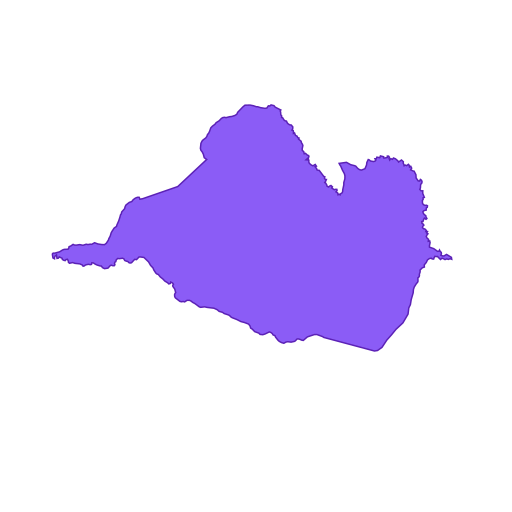 Bom Jesus do Araguaia, Mato Grosso, Brazil, rotated 153°
{"feature_id": "56859067B58410572569646", "entity_name": "Bom Jesus do Araguaia", "entity_type": "district", "adm_level": 2, "iso_a3": "BRA", "parent_name": "Brazil", "parent_adm1": "Mato Grosso", "projection": "natural_earth1", "projection_center": [-51.737, -12.202], "detail": "fine", "context": "isolated", "style": "filled", "palette": "violet", "viewbox_px": 512, "rotation_deg": 153, "n_neighbors": 0, "source": "geoboundaries", "source_scale": "gbopen_adm2", "svg_char_len": 6054}
<svg xmlns="http://www.w3.org/2000/svg" viewBox="0 0 512 512"><g transform="rotate(153 256 256)"><path d="M93.2,169.1L91.7,169.5L90.7,169.1L89.2,167.0L87.3,166.8L86.1,165.6L84.4,165.5L83.1,164.2L82.5,166.1L85.5,170.9L88.5,170.7L89.9,171.5L90.9,172.8L89.8,173.8L89.3,175.1L89.8,176.6L89.8,178.0L90.8,177.2L92.1,177.7L94.3,181.9L97.4,185.1L96.8,186.4L94.8,188.9L94.4,190.6L95.8,190.9L94.7,192.5L95.5,194.5L95.4,196.2L93.8,197.3L92.7,197.7L93.5,199.1L92.2,199.9L93.5,200.7L92.6,201.4L93.3,203.5L94.2,204.1L94.8,205.7L94.0,206.7L92.4,207.3L92.6,208.7L93.3,209.7L92.7,211.4L91.6,210.9L90.1,212.4L88.8,213.3L87.9,211.5L86.7,211.8L86.8,213.7L86.4,214.8L87.3,216.7L87.5,218.4L87.2,219.7L86.1,220.1L84.8,220.0L83.6,219.6L82.3,221.6L81.3,221.6L80.4,222.9L81.0,223.8L82.5,224.4L83.5,225.8L83.7,227.4L82.5,230.0L81.5,230.4L80.7,232.0L79.4,231.8L79.0,236.1L77.8,238.4L79.3,239.1L79.8,241.0L78.6,242.0L76.9,244.9L75.0,245.8L74.2,247.1L74.2,248.5L74.8,249.6L76.2,248.5L77.4,249.3L77.9,252.9L76.6,255.8L76.6,259.8L77.4,260.4L79.1,262.6L77.4,263.6L77.4,265.7L78.8,265.6L78.3,267.2L78.6,268.5L80.7,268.1L81.8,269.3L83.0,269.2L82.7,270.4L82.7,271.9L81.9,273.1L82.8,275.5L86.3,275.0L86.4,276.4L87.6,279.3L89.0,280.9L90.6,280.2L91.7,281.6L93.3,280.8L93.1,282.6L92.3,283.5L92.5,284.8L93.6,285.4L94.2,284.2L96.7,284.8L97.7,285.4L97.2,286.5L99.7,288.7L101.1,287.4L103.4,289.2L104.7,288.0L105.8,288.6L105.8,287.0L106.9,286.5L108.4,286.8L110.9,288.7L111.5,290.3L112.2,291.0L114.8,289.0L116.2,286.9L119.3,284.3L123.1,284.7L124.2,285.6L125.1,286.8L125.7,288.2L126.3,290.7L127.0,291.6L130.2,294.4L132.9,298.4L139.9,300.8L139.9,298.9L139.7,297.8L140.0,293.3L139.9,289.2L140.4,287.0L141.8,284.4L144.4,281.6L145.5,279.5L148.6,275.7L149.6,274.0L150.6,273.2L152.5,273.0L153.3,272.3L153.9,273.4L155.1,273.3L154.6,275.1L155.6,276.8L154.0,277.6L153.7,278.7L154.8,279.3L156.2,279.6L157.7,282.3L156.5,282.9L157.2,284.8L158.6,284.9L160.0,284.5L161.0,285.9L160.7,287.2L160.8,289.4L161.4,290.2L160.0,291.0L158.6,292.2L159.5,292.7L159.7,294.3L158.7,295.3L159.5,296.2L160.8,303.6L161.8,304.2L162.6,305.1L162.3,306.3L162.8,308.7L161.4,308.6L161.7,310.7L164.3,310.5L165.4,311.9L166.4,314.3L166.3,315.7L165.5,317.2L166.2,318.1L167.7,319.0L166.2,319.4L165.2,318.8L164.9,319.9L163.8,320.3L163.5,321.6L164.4,322.5L165.3,325.0L166.6,325.2L166.1,327.2L166.8,329.2L166.2,330.5L164.1,333.1L163.9,334.5L164.1,336.2L163.7,337.8L165.0,340.8L164.1,341.5L165.1,342.6L165.0,344.2L166.1,345.5L165.8,348.1L167.0,348.2L166.3,349.5L165.9,350.8L166.8,351.8L165.6,352.6L164.6,354.3L165.1,356.7L166.3,357.5L167.2,358.8L167.7,360.3L167.6,362.4L168.6,363.1L169.3,364.5L169.5,367.1L170.3,367.8L169.5,369.2L169.8,370.6L168.7,373.1L168.6,374.3L167.6,374.8L171.3,379.9L171.7,381.8L174.0,383.8L175.6,383.4L176.8,384.2L179.2,382.9L181.0,383.5L184.7,386.2L186.7,388.2L188.0,388.9L190.0,391.0L192.8,393.2L197.4,395.4L200.0,394.8L207.0,392.4L208.8,391.0L211.0,390.8L214.2,391.3L216.3,392.1L219.9,392.9L221.1,393.9L222.7,394.4L224.4,394.3L227.5,393.2L231.0,392.9L232.8,392.0L235.8,391.5L238.1,390.7L240.5,388.4L242.4,386.9L244.0,386.3L245.6,384.8L247.2,384.0L250.7,383.4L251.9,382.9L253.9,381.4L256.7,377.1L257.1,375.2L256.7,373.3L256.7,370.7L257.5,367.1L256.1,364.4L294.2,353.4L330.9,358.5L333.7,359.3L333.4,361.3L334.6,362.0L336.2,362.3L337.6,362.3L339.9,361.9L342.0,360.9L344.5,361.3L347.1,360.8L348.9,360.4L350.4,359.2L351.6,357.8L355.7,356.2L356.9,354.7L357.9,354.3L359.6,352.4L362.4,349.6L366.1,346.6L366.8,345.7L369.7,345.3L373.0,343.4L374.5,342.4L377.0,339.8L379.1,338.4L380.3,337.2L383.6,335.3L385.8,334.9L388.2,336.2L391.4,338.5L393.8,341.1L397.1,341.0L398.5,341.9L399.5,342.1L400.7,342.6L402.0,343.6L405.3,344.1L407.9,346.2L411.3,347.3L412.8,348.2L413.7,349.4L416.6,349.0L418.3,349.2L419.3,348.0L420.4,347.4L423.9,349.0L425.6,349.2L429.1,348.9L434.0,349.9L435.1,350.5L436.1,350.6L436.8,349.7L437.8,346.4L436.8,345.0L436.1,346.3L434.9,347.2L433.3,347.5L434.4,344.2L433.1,343.8L431.7,344.5L429.8,342.0L430.1,340.8L429.2,339.4L428.1,338.5L426.9,339.1L425.5,338.7L425.5,336.7L426.0,335.6L425.5,334.2L422.4,333.4L420.6,331.6L416.6,329.0L414.8,326.7L414.7,325.4L413.5,325.1L412.2,325.4L411.0,325.2L409.1,324.7L407.6,323.5L406.4,323.2L405.3,324.5L404.0,323.6L403.0,321.8L401.7,320.1L399.4,317.9L398.3,317.2L398.1,315.4L396.7,313.5L393.4,312.4L390.3,313.6L389.2,313.6L388.2,312.5L386.8,311.7L385.7,312.2L385.4,313.7L384.5,314.6L383.5,314.6L382.3,316.0L380.3,316.6L379.1,315.7L375.9,314.6L375.0,313.4L375.0,311.6L373.9,310.3L372.7,309.3L372.3,307.8L371.4,306.9L370.0,306.5L365.6,308.1L364.1,307.0L360.7,308.2L359.7,307.8L356.5,305.6L354.4,299.5L354.2,295.5L353.2,292.1L353.4,290.0L353.0,286.2L352.5,285.0L351.4,283.8L350.8,280.8L349.5,278.0L348.6,275.0L346.9,272.3L346.4,270.7L344.8,270.4L343.8,271.5L342.6,269.8L342.4,268.3L343.5,267.7L343.9,266.6L343.4,263.5L344.2,259.8L345.3,259.3L346.2,258.4L346.9,256.6L346.8,255.2L344.4,250.1L343.3,249.1L341.5,248.5L340.4,247.5L337.6,247.8L335.4,246.7L334.5,245.6L333.4,243.3L332.0,241.3L329.6,236.4L328.6,235.4L324.8,234.0L322.9,232.4L317.2,228.6L314.9,225.7L314.0,223.4L311.4,221.0L310.5,219.2L307.2,215.9L306.6,214.9L305.9,212.8L305.2,211.8L301.9,208.1L299.2,204.4L296.6,202.1L293.5,198.7L293.1,196.3L293.5,194.2L292.5,192.5L291.5,189.2L288.5,186.0L288.0,184.3L285.7,182.8L283.3,182.4L278.6,182.3L277.4,181.0L276.7,179.5L276.6,177.9L275.3,176.5L275.4,174.8L274.6,170.8L274.0,169.3L272.6,167.3L270.8,165.6L268.3,165.7L266.6,165.2L263.8,163.3L260.7,162.5L259.6,162.5L257.1,163.4L256.1,163.0L255.0,162.1L253.4,160.2L252.2,159.3L246.9,160.6L239.7,159.5L237.4,158.4L233.3,154.0L232.6,152.7L193.6,117.6L190.6,116.6L185.2,117.4L177.6,121.7L170.9,124.3L164.6,127.1L155.5,129.7L146.9,135.2L143.4,140.4L140.5,142.6L137.5,146.7L132.7,151.8L130.9,154.7L129.1,156.5L125.6,158.6L124.0,159.2L123.1,160.0L121.7,163.0L120.2,163.4L119.3,164.3L118.8,165.5L117.0,167.3L116.2,169.0L113.1,170.0L111.0,169.7L110.1,171.7L107.3,172.9L104.9,174.7L102.7,175.0L100.9,174.5L100.4,173.4L99.1,172.6L98.0,173.7L96.7,174.5L95.8,173.7L94.6,173.3L93.2,169.1Z" fill="#8b5cf6" stroke="#5b21b6" stroke-width="1.5"/></g></svg>